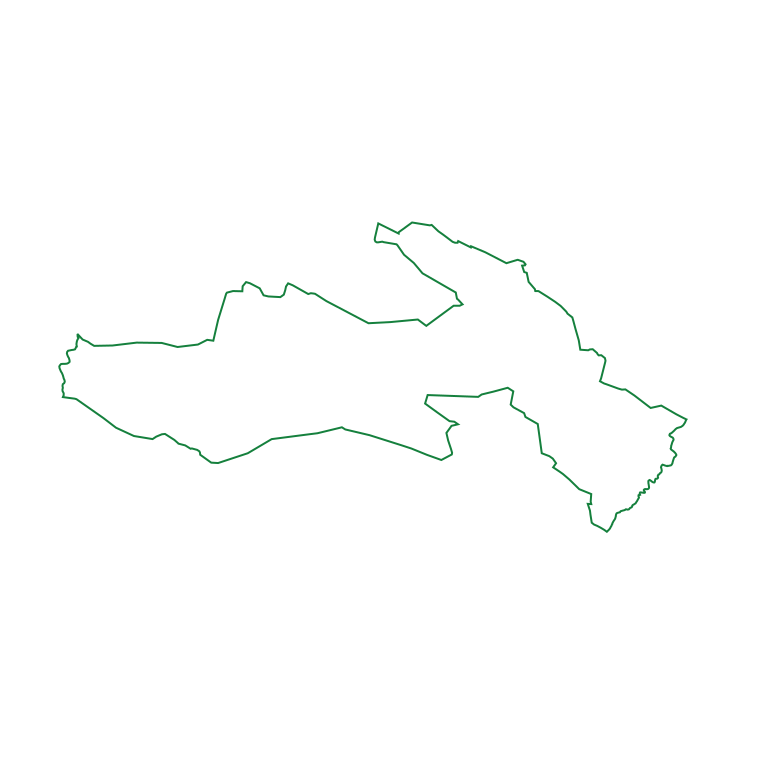 Al Mahwit, Al Mahwit, Yemen (Equal Earth projection), rotated 121°
{"feature_id": "15242507B12276215757938", "entity_name": "Al Mahwit", "entity_type": "district", "adm_level": 2, "iso_a3": "YEM", "parent_name": "Yemen", "parent_adm1": "Al Mahwit", "projection": "equal_earth", "projection_center": [43.551, 15.411], "detail": "fine", "context": "isolated", "style": "outline", "palette": "green", "viewbox_px": 768, "rotation_deg": 121, "n_neighbors": 0, "source": "geoboundaries", "source_scale": "gbopen_adm2", "svg_char_len": 5614}
<svg xmlns="http://www.w3.org/2000/svg" viewBox="0 0 768 768"><g transform="rotate(121 384 384)"><path d="M258.6,106.5L258.7,107.0L258.7,107.7L258.9,109.8L259.4,117.8L259.7,135.2L267.2,143.1L264.9,163.4L264.3,174.3L266.3,177.2L267.3,181.0L269.7,193.4L270.2,195.6L270.4,200.3L267.4,200.8L251.5,205.6L250.0,206.1L248.8,207.2L248.0,208.0L247.4,212.5L248.9,214.8L248.3,216.5L247.7,217.4L246.7,223.0L248.4,225.4L249.9,226.3L253.5,233.4L246.3,239.5L238.2,248.2L232.4,254.2L229.9,256.9L229.9,257.2L229.2,262.9L228.1,265.0L226.1,272.8L225.4,279.7L225.0,288.9L224.8,299.4L226.4,302.2L225.0,303.5L222.5,311.0L222.0,312.6L215.2,318.9L215.8,321.5L211.4,326.6L209.7,324.3L208.5,324.3L207.4,327.4L208.6,333.1L208.8,333.5L217.4,341.3L218.9,364.9L221.1,380.3L222.2,379.9L223.3,394.0L225.0,393.7L226.3,395.8L226.8,398.4L226.1,404.6L225.5,410.5L225.1,416.0L223.1,425.1L223.3,425.3L224.4,426.4L231.1,443.1L246.2,449.5L247.5,448.9L249.3,471.6L263.3,467.1L265.1,466.3L266.3,464.8L266.3,463.2L265.7,462.1L262.9,458.8L262.6,457.4L257.8,445.2L258.0,444.5L258.2,443.8L262.9,433.4L264.9,420.8L269.3,408.0L268.6,369.6L273.3,365.4L273.5,363.9L275.3,357.7L275.7,358.0L277.9,359.4L281.0,364.6L312.4,377.7L311.3,388.2L327.7,410.5L339.9,428.6L342.6,476.0L342.2,489.6L343.0,491.6L343.5,492.6L343.8,493.4L345.9,495.3L346.4,513.1L347.1,518.0L350.9,518.2L354.4,517.0L359.0,515.9L362.9,517.6L368.5,528.2L370.0,532.9L366.0,539.8L366.7,550.9L367.7,554.7L373.0,555.5L377.5,553.2L382.1,561.3L386.6,565.7L387.9,565.8L393.8,564.3L397.9,563.3L414.5,559.2L434.8,552.6L437.2,558.3L446.0,563.8L458.6,580.0L463.3,595.7L475.9,617.3L490.8,636.5L500.6,652.1L500.6,655.2L500.6,656.4L500.3,659.4L501.1,665.2L499.2,671.9L499.5,672.1L500.0,671.8L501.3,670.9L502.1,669.5L503.7,669.6L505.7,669.2L508.2,668.2L510.1,666.6L510.5,667.0L511.9,666.8L513.4,666.7L514.6,667.8L515.7,669.2L516.9,670.5L518.2,671.9L519.7,672.1L521.1,671.6L522.2,670.4L523.3,668.9L524.1,667.4L525.6,665.8L526.9,664.9L527.3,665.0L528.4,665.3L529.8,666.2L531.1,667.9L532.1,669.6L533.2,671.1L534.7,671.4L536.1,671.4L537.5,670.3L538.7,668.7L539.7,667.3L540.5,665.7L541.9,663.8L543.1,662.5L544.3,661.3L545.2,659.9L546.5,658.8L548.0,658.6L549.6,659.2L551.2,658.6L552.7,657.3L554.3,656.8L555.6,655.9L556.9,653.8L558.8,652.7L560.1,652.6L560.6,652.5L558.5,647.6L555.8,641.4L555.6,640.5L555.4,639.8L557.7,607.2L557.9,605.3L559.5,591.2L557.4,571.8L557.4,571.6L550.4,554.0L546.4,552.1L541.5,548.5L539.6,546.0L539.9,534.9L540.8,530.0L541.0,529.5L539.2,523.4L539.0,522.7L539.1,516.4L538.2,515.5L536.7,510.2L536.8,507.6L537.6,506.4L539.3,505.1L539.8,499.0L540.4,491.6L537.2,485.5L513.5,465.1L489.1,451.9L464.8,421.2L460.5,415.7L445.0,400.0L442.8,397.8L442.9,393.8L435.3,370.0L427.6,337.8L425.2,327.3L422.6,310.7L419.6,295.7L409.5,289.6L407.9,290.2L405.2,293.1L399.3,300.0L393.8,305.3L385.6,304.6L385.1,304.6L382.6,302.0L380.4,299.8L380.1,304.3L382.1,308.7L380.9,323.9L379.6,338.7L371.0,340.9L346.5,296.6L342.7,294.9L334.2,286.3L323.5,276.0L323.7,269.4L336.4,264.8L337.3,261.0L336.8,248.9L339.4,245.8L339.1,231.6L362.1,213.1L360.7,205.1L361.0,200.9L363.3,195.7L368.3,196.1L368.7,188.0L369.0,184.2L370.4,175.9L373.6,162.5L371.6,149.7L378.5,146.2L380.2,144.5L381.8,147.6L386.5,142.2L389.7,139.7L395.9,134.5L395.9,134.3L396.3,131.6L395.8,128.1L395.6,124.2L395.6,119.9L395.9,116.9L393.7,116.3L391.7,115.9L391.4,115.9L390.2,116.0L388.5,116.0L386.7,116.3L386.4,116.2L385.7,116.5L383.8,116.6L382.5,116.6L381.5,116.5L380.9,116.5L379.9,116.6L379.1,116.9L378.1,117.1L377.4,117.5L376.1,117.9L375.3,118.0L375.2,118.0L374.5,117.7L373.7,117.0L372.8,116.1L372.4,115.7L371.6,115.7L371.1,115.6L370.5,115.0L369.9,114.5L369.1,113.7L368.4,113.0L367.7,112.5L367.0,112.3L366.6,111.7L366.3,110.7L365.9,110.1L365.2,109.5L364.5,109.4L364.2,109.3L363.7,109.3L362.9,108.8L362.3,108.3L361.7,108.2L361.1,108.2L360.6,108.5L359.9,108.5L359.2,108.2L358.4,107.7L357.7,107.4L357.1,107.1L356.8,106.9L355.9,106.9L355.0,106.9L353.9,106.8L352.5,106.9L351.3,106.9L350.3,106.9L349.8,107.1L349.3,107.9L348.8,108.3L348.4,108.4L348.1,108.5L347.7,108.0L347.5,107.7L347.1,107.4L346.7,108.0L346.2,108.4L345.6,108.6L345.0,108.6L344.6,108.0L344.4,107.4L343.8,106.1L343.4,105.1L342.9,104.5L342.5,104.5L341.9,105.1L341.7,105.8L341.5,106.3L341.1,106.7L340.6,106.7L340.0,106.5L339.5,105.9L339.4,105.8L339.1,105.3L338.9,104.7L338.5,104.1L338.1,103.7L337.6,103.4L336.7,103.3L336.0,103.6L333.8,105.4L332.8,106.3L332.0,106.8L331.1,107.4L330.5,107.4L329.5,106.9L329.4,106.2L329.5,105.1L329.7,104.0L329.7,102.9L329.5,102.1L329.1,101.5L328.5,101.5L327.5,101.8L326.6,102.2L325.6,102.4L325.1,102.1L324.6,101.2L324.0,100.9L323.2,100.8L322.6,101.4L321.8,102.0L321.2,102.1L320.8,102.1L320.3,102.1L319.7,101.5L319.0,101.5L318.3,101.5L317.6,101.1L317.0,100.9L316.4,100.9L315.2,101.3L314.0,102.3L313.3,103.0L312.7,103.7L311.8,103.9L310.8,104.0L309.7,103.7L309.4,102.6L309.2,101.3L308.9,100.2L308.7,99.6L308.6,99.1L308.4,98.8L308.0,98.5L307.9,98.5L307.7,98.0L306.9,97.2L306.0,96.2L305.1,95.9L304.4,95.9L303.6,95.9L302.7,96.2L302.1,96.4L300.1,96.9L297.9,97.4L297.5,97.4L297.1,97.3L296.1,96.8L295.0,96.8L294.3,96.8L293.8,97.4L293.4,98.3L293.0,99.2L292.9,99.9L292.6,100.8L292.5,102.0L292.4,103.0L292.2,104.3L291.8,105.0L291.0,105.1L289.6,105.7L288.8,106.1L287.9,106.2L287.0,106.5L285.3,106.9L285.0,106.9L284.1,107.0L283.1,107.0L282.3,107.3L281.7,108.0L281.3,108.8L281.3,109.6L281.4,111.1L281.3,112.3L280.8,113.1L280.1,113.1L279.5,113.3L278.9,113.0L278.4,112.5L277.4,112.1L274.7,111.3L272.4,110.8L270.8,110.1L269.4,108.8L267.9,107.4L266.0,106.5L264.5,106.2L263.2,106.2L262.0,106.1L260.9,106.3L260.0,106.4L259.3,106.5L258.6,106.5Z" fill="none" stroke="#15803d" stroke-width="2"/></g></svg>